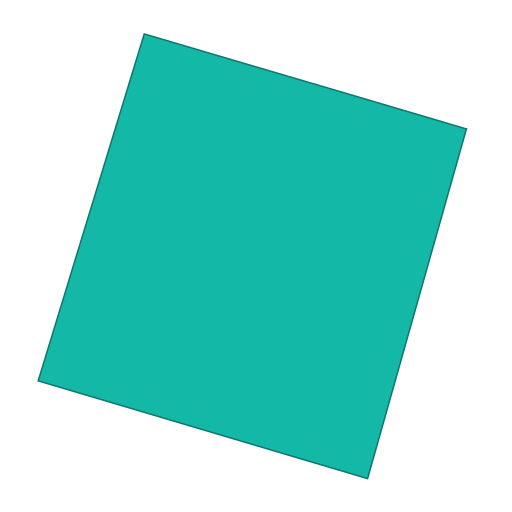 Chalileo, La Pampa, Argentina, rotated 287°
{"feature_id": "61730980B72501201061130", "entity_name": "Chalileo", "entity_type": "district", "adm_level": 2, "iso_a3": "ARG", "parent_name": "Argentina", "parent_adm1": "La Pampa", "projection": "equal_earth", "projection_center": [-66.489, -36.399], "detail": "fine", "context": "isolated", "style": "filled", "palette": "teal", "viewbox_px": 512, "rotation_deg": 287, "n_neighbors": 0, "source": "geoboundaries", "source_scale": "gbopen_adm2", "svg_char_len": 406}
<svg xmlns="http://www.w3.org/2000/svg" viewBox="0 0 512 512"><g transform="rotate(287 256 256)"><path d="M233.9,84.2L163.6,84.2L76.9,84.2L72.9,84.2L75.2,365.0L75.5,397.6L75.7,427.8L80.8,427.7L376.6,421.4L439.1,420.1L439.0,419.9L438.1,319.2L437.4,252.5L436.3,148.2L435.7,84.4L435.7,84.2L430.9,84.2L405.9,84.2L392.1,84.2L234.1,84.2L233.9,84.2Z" fill="#14b8a6" stroke="#0f766e" stroke-width="1.5"/></g></svg>